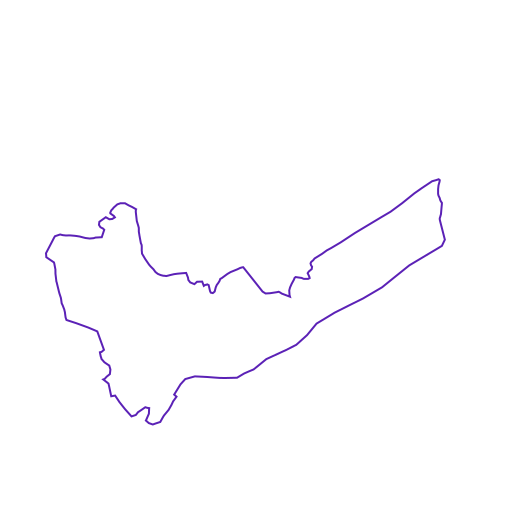 Biyalu, Kafr ash Shaykh, Egypt, rotated 64°
{"feature_id": "37247803B81724678096325", "entity_name": "Biyalu", "entity_type": "district", "adm_level": 2, "iso_a3": "EGY", "parent_name": "Egypt", "parent_adm1": "Kafr ash Shaykh", "projection": "albers", "projection_center": [31.181, 31.319], "detail": "fine", "context": "isolated", "style": "outline", "palette": "violet", "viewbox_px": 512, "rotation_deg": 64, "n_neighbors": 0, "source": "geoboundaries", "source_scale": "gbopen_adm2", "svg_char_len": 3701}
<svg xmlns="http://www.w3.org/2000/svg" viewBox="0 0 512 512"><g transform="rotate(64 256 256)"><path d="M161.4,343.3L157.6,345.9L154.6,348.3L151.2,350.6L150.2,352.6L149.2,354.6L148.8,358.0L150.1,362.7L150.8,364.1L151.4,365.8L152.1,366.8L153.4,368.2L154.0,368.2L156.4,366.9L157.7,366.2L159.4,365.9L159.7,369.0L158.7,371.7L155.3,374.0L156.6,381.8L159.2,383.5L161.9,383.2L162.9,382.5L164.2,381.5L165.9,380.9L171.5,386.4L169.1,392.1L168.8,394.1L167.4,397.8L165.0,401.5L162.7,404.2L161.3,405.8L159.4,408.5L158.3,410.2L155.9,414.2L154.2,417.9L152.5,420.6L150.8,422.6L150.1,428.0L150.6,428.8L151.2,429.7L153.6,432.9L161.5,443.6L161.8,443.7L163.0,444.1L165.1,445.0L166.2,444.4L172.7,440.7L173.2,440.4L174.7,440.7L180.2,442.2L180.6,442.4L184.0,444.0L191.4,446.6L192.3,446.7L201.9,448.8L203.5,449.1L207.9,449.7L209.0,450.0L209.7,450.2L213.4,451.4L213.9,451.4L215.6,451.4L220.2,451.8L220.9,452.0L222.8,452.4L223.9,452.8L226.3,453.6L227.9,454.1L230.4,454.4L231.4,453.4L237.6,447.0L244.1,440.7L246.8,438.1L251.4,434.1L254.2,431.7L273.7,433.8L274.5,436.9L274.2,438.1L274.1,438.5L274.7,438.7L278.3,439.6L279.5,439.7L279.9,439.8L280.8,440.0L284.1,439.1L284.9,438.9L286.4,438.1L286.9,437.8L289.7,436.2L290.1,435.9L294.1,436.6L294.5,436.8L297.3,438.6L298.1,439.1L299.0,443.1L300.1,445.9L300.0,447.4L306.0,444.5L309.0,445.2L318.6,447.6L319.7,443.8L326.4,442.9L327.3,442.8L334.2,441.3L336.4,440.8L345.6,438.2L346.2,433.7L345.0,431.2L344.7,430.7L344.2,427.0L343.4,421.8L344.8,420.3L345.9,418.7L346.2,418.9L350.8,421.4L355.4,426.8L355.6,427.1L358.9,425.7L359.2,425.6L361.9,422.9L362.2,422.6L362.5,419.9L363.2,414.8L361.8,412.8L359.8,409.9L359.0,408.6L356.0,402.0L352.8,397.3L350.3,394.2L347.6,389.1L344.7,390.3L338.5,380.5L338.2,380.0L335.6,373.5L337.4,363.7L341.2,356.8L343.3,353.0L347.4,346.0L349.7,342.0L352.0,337.5L357.1,326.4L356.5,319.4L356.4,318.1L356.6,313.0L356.9,307.9L355.7,302.6L353.2,291.9L353.6,273.2L353.7,270.8L353.5,260.1L353.5,258.8L349.5,244.8L343.3,231.2L341.7,213.3L341.4,210.3L341.2,194.1L341.1,179.6L341.1,178.5L339.4,156.4L336.3,143.0L331.7,122.7L331.6,122.1L329.6,98.6L329.0,91.2L328.4,84.5L324.1,79.1L305.7,75.3L303.9,74.9L302.6,74.3L301.7,73.4L300.0,71.9L299.6,71.5L294.1,68.2L293.6,67.9L291.0,66.3L289.7,65.6L288.0,65.9L286.4,65.9L284.4,65.5L281.7,65.5L280.0,65.1L275.7,63.0L272.4,60.9L269.7,58.5L268.4,57.6L267.1,58.2L266.7,61.2L266.0,64.9L267.6,76.8L269.1,86.2L272.6,101.5L275.2,115.7L275.9,124.5L276.0,125.9L278.7,157.0L280.9,174.0L281.8,185.1L282.0,189.9L283.0,195.6L283.9,204.4L284.9,206.5L285.5,208.9L286.5,210.2L288.5,210.6L290.2,210.3L292.2,211.7L293.1,215.4L294.1,217.1L296.1,217.1L298.4,217.2L299.4,217.5L299.4,219.2L298.4,221.2L297.4,223.2L295.7,224.6L293.7,227.6L292.3,229.6L292.6,230.9L293.9,232.3L296.6,236.1L299.2,239.2L301.5,241.2L305.8,243.0L307.5,243.3L301.1,249.3L299.4,250.3L298.1,251.3L297.7,253.0L295.6,259.7L294.1,263.3L293.9,263.8L290.9,265.7L275.4,269.1L260.5,272.4L260.2,273.2L259.8,275.4L259.8,276.4L259.8,278.5L259.3,285.9L259.6,289.6L260.9,296.7L260.9,298.1L262.5,299.8L263.8,301.9L264.8,303.9L266.5,305.9L269.8,308.7L270.2,310.1L270.4,311.1L269.1,312.7L268.7,312.7L267.4,312.7L266.1,312.4L261.4,311.3L260.1,312.3L260.1,313.3L259.7,314.3L260.0,316.0L255.4,315.6L253.3,320.3L254.3,323.7L250.9,326.7L247.9,327.3L245.6,326.6L240.6,326.2L238.9,330.6L237.5,334.3L236.4,337.6L235.4,342.0L235.2,343.1L234.7,345.4L233.3,347.5L233.0,348.1L231.3,350.1L229.0,352.1L226.3,353.4L222.9,354.0L219.2,355.3L216.9,355.9L210.2,356.9L203.9,357.4L201.9,356.6L201.2,356.4L196.9,354.3L195.6,353.9L194.2,353.9L191.6,353.2L186.6,351.8L185.3,351.4L182.9,350.7L179.3,349.0L177.3,348.6L172.3,347.8L163.6,344.7L161.6,343.6L161.4,343.3Z" fill="none" stroke="#5b21b6" stroke-width="2"/></g></svg>